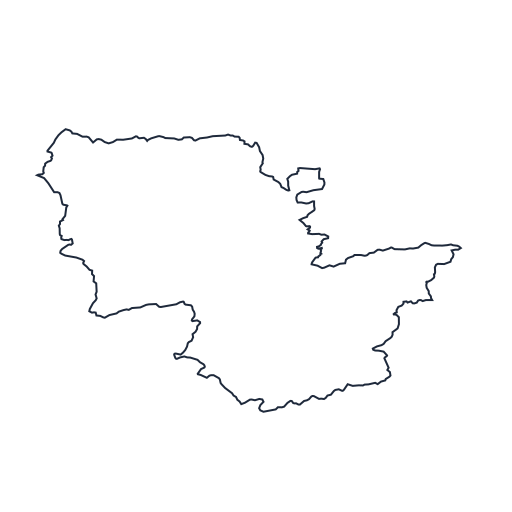 An Lao, Bình Định, Vietnam, rotated 261°
{"feature_id": "81297802B61161719512326", "entity_name": "An Lao", "entity_type": "district", "adm_level": 2, "iso_a3": "VNM", "parent_name": "Vietnam", "parent_adm1": "Bình Định", "projection": "equal_earth", "projection_center": [108.793, 14.534], "detail": "fine", "context": "isolated", "style": "outline", "palette": "slate", "viewbox_px": 512, "rotation_deg": 261, "n_neighbors": 0, "source": "geoboundaries", "source_scale": "gbopen_adm2", "svg_char_len": 6061}
<svg xmlns="http://www.w3.org/2000/svg" viewBox="0 0 512 512"><g transform="rotate(261 256 256)"><path d="M411.0,87.8L408.6,83.2L406.2,79.8L402.5,76.1L399.4,74.0L392.6,66.5L391.8,66.4L390.2,69.9L389.7,70.3L386.9,70.7L385.7,69.1L384.3,69.7L382.5,68.6L382.1,67.8L381.6,64.9L380.2,62.2L378.2,61.8L376.9,60.2L372.9,59.1L371.3,59.4L370.2,57.8L370.4,53.8L370.0,52.5L366.1,58.9L360.3,62.3L350.6,66.6L350.1,69.9L349.0,71.7L346.6,72.4L337.9,72.9L336.8,73.7L335.6,77.2L335.2,77.6L333.6,76.2L325.5,73.8L322.6,70.6L321.7,71.0L320.7,67.8L318.2,67.4L316.8,66.0L314.1,66.4L308.3,65.6L307.2,65.8L306.2,67.2L304.4,66.4L303.1,66.5L301.7,69.2L301.5,71.6L301.0,73.3L301.6,75.1L301.7,76.4L300.9,76.8L297.1,76.9L296.0,75.1L296.5,73.7L296.4,72.3L293.3,65.7L291.8,63.9L290.2,63.2L289.6,63.2L288.6,64.3L286.3,67.6L282.6,78.3L279.5,84.0L277.9,85.4L276.1,84.2L275.1,84.4L272.1,87.1L268.4,89.4L267.2,91.9L263.8,91.2L261.5,92.9L256.3,91.6L254.0,93.9L245.6,93.0L243.1,91.5L239.1,92.0L237.4,90.8L234.9,87.6L229.7,83.6L227.5,82.7L225.7,85.1L225.7,87.2L225.2,88.8L222.2,89.1L221.2,92.8L219.3,95.5L218.7,97.0L220.6,102.0L221.1,109.3L222.5,111.8L223.3,116.6L223.5,119.8L222.7,121.9L224.0,125.3L223.3,133.7L224.9,139.8L225.0,142.5L224.2,149.8L221.0,152.4L220.5,154.0L220.8,169.8L222.2,173.7L222.4,176.9L222.1,177.4L219.8,178.0L219.0,178.9L217.5,184.0L216.0,185.0L212.9,185.1L210.6,186.1L208.5,186.4L206.0,185.7L203.5,183.0L202.3,182.5L201.6,183.1L201.6,187.9L199.5,190.4L198.4,190.3L195.7,186.9L193.1,186.4L190.6,184.4L188.7,181.1L185.6,181.2L182.4,179.1L181.5,176.2L180.5,175.0L177.3,173.7L174.2,171.4L172.0,168.8L170.4,166.2L172.2,161.5L172.2,160.3L171.7,159.8L170.7,159.8L167.9,160.4L167.0,161.0L166.8,161.8L167.7,165.2L168.0,169.5L166.6,172.2L166.0,175.1L162.6,182.0L159.8,184.1L157.3,187.2L156.1,187.9L154.6,188.1L153.9,187.5L152.9,184.0L148.8,180.0L148.3,180.1L147.2,182.7L143.4,188.4L145.1,191.3L145.3,193.1L144.9,195.5L141.1,200.3L139.7,201.0L136.1,201.2L134.9,201.8L130.5,204.8L124.2,210.9L121.7,212.0L119.9,214.2L116.9,215.1L114.9,217.0L112.0,218.3L112.8,222.1L115.1,227.6L114.9,229.3L113.7,232.4L114.3,236.9L113.3,239.8L110.8,240.6L108.1,237.0L105.2,235.3L102.9,236.1L101.0,239.0L101.4,251.5L103.2,254.0L102.5,257.9L102.8,260.2L106.0,264.1L107.5,267.3L107.2,268.6L104.9,269.8L104.4,271.0L104.2,272.6L102.7,274.6L102.4,276.1L105.3,280.8L105.5,283.7L106.3,286.0L108.5,288.6L108.9,289.8L108.6,291.2L105.0,295.9L104.9,298.1L104.1,300.8L104.9,302.6L107.0,304.8L107.3,308.3L110.5,311.8L111.3,313.4L111.4,316.9L109.4,319.9L109.3,320.6L110.1,321.9L115.0,326.5L112.6,331.2L112.2,337.2L111.4,341.4L112.0,343.1L111.6,347.0L112.1,353.9L110.4,356.1L112.4,359.8L112.9,364.2L114.2,364.9L115.9,368.9L116.9,370.1L120.4,370.1L122.9,367.9L124.9,369.5L134.9,366.8L135.6,367.3L136.7,369.5L137.3,369.9L141.6,367.1L143.3,362.4L144.0,358.9L145.1,357.1L146.3,356.9L147.8,361.4L148.3,366.0L149.2,368.3L151.6,370.7L153.9,375.8L155.0,377.4L156.9,378.6L159.4,378.9L162.3,384.5L166.3,386.5L173.2,387.5L175.6,385.8L176.4,384.6L176.7,383.0L177.1,382.9L178.0,384.4L178.3,386.2L180.5,386.3L183.5,388.6L184.2,392.1L185.9,394.2L187.7,394.5L187.6,397.6L186.3,398.4L187.0,401.9L184.8,403.4L184.4,404.9L184.8,407.5L186.6,409.1L186.9,410.5L186.7,411.9L185.4,413.6L185.9,416.9L184.9,423.1L187.0,422.3L188.8,422.4L191.9,420.8L194.3,421.1L197.9,419.6L200.7,419.6L202.5,420.4L203.6,420.1L204.0,420.7L203.7,421.9L204.8,425.3L206.8,428.4L207.9,428.9L210.1,428.9L210.5,429.8L212.0,430.4L216.8,430.9L219.2,432.5L219.8,434.3L218.6,440.6L219.9,447.2L222.3,448.3L224.1,450.3L226.8,451.4L230.9,450.1L231.1,453.9L230.6,456.6L231.8,459.5L233.4,458.2L234.6,456.6L235.8,452.3L236.9,450.4L236.8,446.6L237.1,441.9L238.6,433.0L239.2,431.0L240.8,428.7L242.5,425.3L242.4,424.4L240.9,420.9L238.9,417.6L238.8,412.3L239.5,409.0L239.2,404.1L241.1,393.9L243.1,391.4L243.3,390.7L242.5,388.5L241.5,382.1L242.9,379.1L243.1,377.1L240.9,372.9L241.1,368.5L239.5,366.0L239.2,364.5L239.3,363.1L240.5,360.0L241.6,353.4L240.6,352.1L239.6,346.6L238.3,344.3L234.9,342.9L235.2,337.5L233.4,331.0L235.3,327.1L233.8,321.6L233.7,319.4L236.8,315.3L239.1,309.6L239.8,309.8L241.0,310.5L244.8,314.3L245.1,314.8L245.0,317.1L245.8,317.5L246.9,319.7L247.9,319.9L248.1,320.8L249.1,320.2L250.9,321.1L252.2,320.7L253.1,322.2L253.7,322.2L253.4,318.8L254.3,317.6L255.5,317.7L255.7,319.6L256.9,321.9L258.0,322.4L258.8,323.5L260.1,323.1L262.0,325.5L262.3,330.0L264.0,330.4L266.5,327.0L266.8,323.9L268.0,321.8L268.8,314.9L270.1,311.0L271.0,311.2L272.0,312.6L272.7,313.0L274.2,311.2L275.6,313.8L276.6,314.0L277.1,313.6L277.3,310.9L277.7,310.0L281.1,308.0L284.8,304.7L286.0,308.5L286.7,312.6L288.2,313.3L289.4,314.9L292.1,320.7L293.3,321.3L296.3,321.2L300.8,321.9L301.1,320.4L299.9,316.3L300.0,313.8L301.8,309.1L302.3,305.5L305.0,304.8L307.6,305.0L310.2,306.4L312.1,311.0L312.1,312.6L311.1,315.9L312.0,323.0L311.8,331.7L315.9,334.7L317.9,335.1L321.5,334.5L322.5,330.6L322.9,330.5L329.2,331.5L331.7,332.8L332.6,332.5L332.5,327.9L336.0,313.2L335.9,311.4L333.4,311.3L332.6,309.9L330.9,309.5L330.6,304.2L329.5,302.0L327.3,299.0L324.4,299.4L320.5,298.8L315.7,299.2L315.6,298.1L316.6,296.3L318.9,293.8L320.0,292.0L323.5,291.2L325.5,289.7L328.8,285.4L331.4,285.3L332.0,284.4L332.8,281.4L334.6,278.0L338.3,273.6L339.1,273.4L340.5,274.1L343.1,274.1L346.5,277.2L347.6,277.0L351.1,278.4L354.7,278.3L359.0,276.3L363.0,276.1L367.6,274.3L368.1,272.9L365.4,270.6L364.6,269.5L364.5,268.9L365.3,267.3L367.5,265.6L368.6,262.1L371.0,262.6L372.1,261.3L373.1,258.3L375.4,258.3L376.5,257.5L377.3,253.5L378.6,251.9L379.0,249.7L380.3,247.4L379.8,244.5L381.1,232.0L380.7,226.2L381.0,218.9L379.5,214.2L380.0,212.9L382.7,211.2L383.7,209.2L384.3,203.2L382.8,201.0L382.9,197.5L384.9,193.6L386.7,184.8L387.9,183.2L389.5,179.4L389.6,178.1L388.6,170.9L387.5,167.4L386.7,166.5L388.8,165.4L390.3,163.8L390.5,159.2L391.1,158.3L392.6,157.2L393.0,156.1L391.5,151.8L391.6,143.1L392.7,136.8L390.9,132.5L390.3,128.1L392.2,124.4L395.1,121.4L396.1,118.9L396.1,117.0L393.6,112.8L399.4,109.3L400.4,107.4L401.0,103.3L404.6,98.4L405.8,93.8L407.7,93.1L409.2,91.7L411.0,87.8Z" fill="none" stroke="#1e293b" stroke-width="2"/></g></svg>